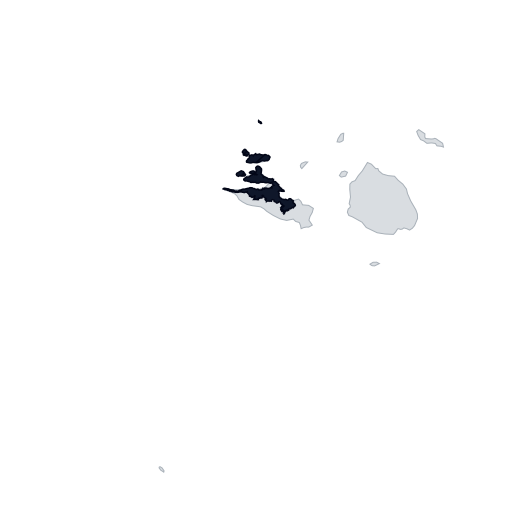 location of Cakaudrove, Northern, Fiji, rotated 228°
{"feature_id": "14151628B95966095088914", "entity_name": "Cakaudrove", "entity_type": "district", "adm_level": 2, "iso_a3": "FJI", "parent_name": "Fiji", "parent_adm1": "Northern", "projection": "robinson", "projection_center": [179.503, -16.697], "detail": "fine", "context": "in_parent", "style": "filled", "palette": "ink", "viewbox_px": 512, "rotation_deg": 228, "n_neighbors": 0, "source": "geoboundaries", "source_scale": "gbopen_adm2", "svg_char_len": 8297}
<svg xmlns="http://www.w3.org/2000/svg" viewBox="0 0 512 512"><g transform="rotate(228 256 256)"><path d="M229.2,355.9L229.2,358.8L230.9,360.0L232.5,360.2L236.5,365.6L242.8,370.3L246.6,373.9L246.9,376.9L245.7,380.1L247.3,385.9L248.1,391.9L250.9,401.4L247.0,403.2L240.8,403.4L239.4,405.1L237.3,404.2L232.2,404.9L227.3,408.0L222.6,412.3L217.2,412.3L211.2,413.2L205.1,412.6L200.9,410.3L193.4,407.8L183.4,405.7L179.2,404.0L175.8,401.2L172.5,394.2L172.0,390.8L172.5,387.5L175.4,386.3L177.9,384.7L178.2,382.5L179.3,381.0L180.7,380.4L181.4,379.4L180.4,375.8L180.1,372.6L185.9,366.7L192.2,361.6L203.4,357.0L210.2,357.4L220.7,353.8L224.0,352.1L227.4,353.2L229.2,355.9ZM325.3,278.7L316.9,287.3L313.8,291.7L311.3,296.5L304.1,301.8L301.0,308.8L301.2,315.9L308.4,308.5L316.5,302.4L318.9,301.2L321.5,301.2L321.3,303.3L320.1,305.4L319.2,310.7L321.3,315.7L315.3,315.2L309.4,315.6L302.4,318.4L295.5,319.6L292.9,319.7L290.4,318.7L288.8,317.3L287.5,314.0L286.2,313.5L280.7,313.6L272.5,320.1L269.8,325.7L266.6,325.9L262.9,324.8L258.4,329.0L253.0,330.5L250.7,326.9L249.2,322.5L247.2,319.3L241.3,318.5L242.2,314.5L243.8,312.8L245.2,310.5L246.1,307.8L248.9,309.5L251.9,310.6L255.1,308.6L258.5,308.4L261.9,302.6L267.2,298.9L274.5,296.0L282.0,293.9L285.8,293.5L289.5,292.3L296.0,286.8L300.3,283.9L305.0,282.2L309.4,281.2L313.6,282.1L316.9,281.7L325.4,277.7L325.3,278.7ZM241.0,458.7L241.0,461.5L233.8,463.3L231.4,461.0L229.8,460.6L225.6,464.6L224.3,466.3L223.9,467.5L222.8,468.2L214.9,470.1L211.5,468.2L213.8,466.9L216.7,464.2L219.6,464.6L222.5,462.2L225.4,458.4L229.5,457.6L232.4,456.2L237.2,457.2L241.0,458.7ZM325.4,329.7L321.2,332.1L319.6,329.8L321.5,324.1L325.4,318.3L325.3,323.0L325.4,329.7ZM289.0,402.8L288.5,403.3L283.6,398.2L283.8,396.2L284.6,394.3L286.6,392.6L288.3,395.5L289.7,400.4L289.0,402.8ZM259.8,378.8L257.0,380.0L255.4,376.1L257.6,372.1L260.0,371.8L261.2,375.8L259.8,378.8ZM293.0,355.6L291.2,357.3L290.3,348.5L292.2,348.6L293.6,349.5L294.4,351.7L293.0,355.6ZM170.7,341.5L167.8,342.6L169.3,337.5L171.0,335.9L172.0,335.5L173.7,335.2L173.0,338.8L170.7,341.5ZM163.6,43.7L161.4,44.4L157.8,43.9L157.1,42.8L158.2,42.6L160.5,41.9L163.4,42.2L163.9,42.9L163.6,43.7ZM325.4,302.6L324.7,302.6L324.5,301.4L325.4,299.3L325.4,302.6Z" fill="#d9dde1" stroke="#a8b0b8" stroke-width="1"/><path d="M271.8,320.6L272.5,320.7L273.6,320.1L274.5,320.2L275.5,319.9L276.0,319.5L276.4,318.6L276.1,318.0L276.4,316.7L278.3,316.0L278.8,315.0L280.9,313.3L282.4,313.1L283.1,312.8L284.4,312.8L286.2,314.0L286.7,314.9L289.0,315.7L288.7,316.3L289.3,316.8L289.3,317.2L288.8,317.2L288.8,317.5L288.6,317.7L287.6,317.8L287.2,318.1L285.3,320.1L285.3,320.3L286.4,320.6L287.7,320.0L288.0,319.5L289.2,320.2L290.0,319.6L290.9,319.8L293.3,319.6L293.6,320.5L298.2,320.2L298.7,319.9L299.0,319.1L300.0,318.8L300.4,319.2L300.6,319.7L301.3,320.3L301.9,319.7L302.6,319.8L302.9,318.9L304.3,317.7L305.1,316.7L306.4,316.5L309.5,315.2L309.4,314.1L310.4,314.4L310.7,314.9L311.1,315.0L313.4,314.6L314.1,314.9L314.2,315.4L316.2,317.7L317.2,318.4L320.0,318.4L321.6,317.6L322.0,316.6L321.9,315.1L321.1,314.5L319.1,313.5L319.0,313.1L318.4,312.6L318.6,311.8L318.4,311.4L317.7,311.0L316.4,310.9L315.7,311.2L315.7,310.9L317.0,310.0L317.1,309.5L318.2,309.4L319.5,305.7L319.3,305.2L319.6,303.5L320.2,302.6L321.0,302.1L321.4,298.8L321.1,298.6L321.1,298.1L320.7,297.8L319.0,298.1L318.2,299.2L314.9,301.3L314.3,301.3L313.4,302.2L313.3,302.7L312.5,303.3L311.1,305.0L310.0,305.1L308.5,306.6L307.9,308.2L308.0,309.0L306.9,309.6L305.8,311.0L304.3,311.9L303.2,313.1L302.3,314.5L301.7,314.6L300.5,315.4L300.8,315.8L300.7,316.5L300.1,317.2L300.1,316.8L299.7,316.4L296.6,316.5L296.9,316.0L297.1,314.1L296.6,313.6L295.9,313.5L295.8,313.2L297.1,312.6L297.1,311.7L298.1,310.1L300.0,308.8L300.2,307.8L300.8,307.7L300.8,307.2L300.3,306.9L301.0,306.3L301.1,305.4L301.5,305.7L301.3,304.8L301.3,304.3L301.8,304.1L301.9,303.5L303.5,302.2L304.4,302.3L304.8,301.8L305.3,300.5L307.4,299.8L307.9,299.1L309.2,298.8L310.4,297.7L310.9,296.9L311.0,296.1L312.2,294.4L313.4,291.9L314.1,291.4L314.5,290.8L315.1,289.4L314.8,289.1L316.0,287.5L316.1,285.8L317.0,285.4L318.3,283.9L318.4,283.4L319.0,283.6L319.9,283.4L323.2,280.7L324.0,280.7L325.4,279.5L325.4,278.0L324.8,278.6L323.9,278.7L323.5,279.4L321.5,280.0L321.5,280.4L321.1,280.8L319.4,281.4L318.2,282.7L317.4,283.1L317.1,283.7L316.8,283.6L316.4,284.1L316.4,284.6L315.6,284.9L314.9,286.0L314.9,286.5L314.3,286.9L314.3,287.3L313.8,288.4L313.3,288.0L312.9,288.6L312.4,288.6L311.7,289.4L311.1,289.5L310.6,290.4L310.5,291.0L310.2,291.4L309.8,291.5L309.6,292.5L308.6,291.9L306.4,292.0L306.0,291.8L305.6,291.8L304.8,291.2L304.1,291.6L303.8,292.1L303.2,292.0L303.0,292.3L302.5,292.2L302.4,292.8L302.1,293.1L301.9,293.0L301.7,293.7L301.6,294.4L301.8,295.2L301.1,295.5L300.7,294.7L300.8,293.9L300.4,293.9L300.1,294.3L300.3,293.7L299.6,293.7L299.5,292.8L299.8,292.7L299.9,292.3L299.7,292.0L299.5,292.4L299.1,292.6L299.1,292.9L298.9,292.9L297.7,294.1L297.9,294.1L297.7,294.3L297.0,294.7L297.1,295.2L296.5,295.5L297.2,296.0L297.0,296.4L297.1,296.8L296.8,297.3L296.4,297.3L296.1,298.5L295.6,298.7L295.2,299.2L295.4,299.4L295.5,300.1L295.9,300.9L296.8,301.1L296.6,301.6L295.8,301.9L294.9,301.3L293.9,301.2L292.4,301.9L292.1,301.8L292.0,301.3L291.5,301.6L291.3,301.4L291.5,300.8L291.8,300.9L291.7,300.5L289.9,300.5L289.5,300.2L289.5,300.6L288.8,301.9L287.9,302.4L288.0,302.8L286.4,304.1L287.0,304.6L287.0,305.9L285.8,306.7L285.2,306.7L284.7,306.1L284.3,306.0L282.8,306.9L282.2,306.7L281.5,306.8L281.1,307.4L280.9,308.1L281.1,308.8L280.8,308.9L280.7,310.0L279.4,310.0L278.2,309.3L277.4,310.0L276.9,309.5L276.6,309.5L276.4,310.0L275.4,309.8L274.9,310.2L274.4,310.3L274.3,309.2L274.6,309.2L274.8,308.9L275.2,309.4L275.6,308.2L275.5,307.6L275.0,307.1L274.8,307.5L274.5,307.2L274.8,306.9L274.6,306.9L274.8,306.7L274.3,305.7L273.7,305.4L272.8,306.2L272.8,305.9L272.5,305.8L272.6,305.2L271.9,305.1L271.7,306.2L271.4,306.2L271.4,306.7L271.0,307.0L270.5,306.8L270.5,307.3L270.4,307.4L270.2,306.7L270.8,306.4L270.7,306.0L270.1,306.2L269.8,305.2L269.3,305.6L268.6,305.0L268.5,305.5L269.4,305.9L269.4,306.3L269.5,306.6L269.4,306.7L269.8,307.0L269.3,307.4L269.4,308.4L269.7,308.7L268.9,309.3L269.1,309.5L268.7,309.6L268.9,310.3L268.4,310.4L268.3,310.7L268.5,310.9L268.3,311.1L268.9,311.7L268.6,312.5L267.9,313.4L267.9,315.5L266.9,315.8L267.0,316.6L267.3,317.1L267.1,317.5L267.1,318.9L267.6,319.3L268.3,319.6L270.2,319.5L270.3,319.1L270.6,319.1L271.6,319.7L271.8,320.6ZM333.9,320.6L334.4,319.8L334.5,319.0L335.1,318.6L335.1,318.3L334.7,317.6L333.9,317.2L333.3,316.4L333.5,314.9L333.1,313.9L333.1,312.8L332.8,312.3L332.0,311.8L329.1,313.9L328.2,315.1L327.9,315.9L326.9,317.1L326.1,317.8L325.9,318.2L325.4,318.5L325.4,330.5L326.1,329.0L328.4,327.1L329.3,327.0L330.7,324.6L330.8,324.2L331.4,324.1L332.3,324.3L332.4,324.0L332.3,323.0L332.8,321.3L332.6,321.0L333.2,321.1L333.9,320.6ZM325.4,318.5L324.6,319.2L324.2,320.2L323.8,320.6L322.8,324.3L322.3,324.9L320.7,326.1L320.1,327.4L319.7,327.6L319.6,328.0L319.3,328.1L319.0,328.7L319.0,330.4L319.5,331.0L319.9,332.3L320.4,332.7L322.4,332.6L322.9,331.8L324.8,331.1L325.4,330.5L325.4,318.5ZM330.3,297.0L329.8,296.0L328.6,295.6L327.0,296.2L326.8,297.8L326.2,297.7L325.4,298.7L325.4,302.1L325.6,301.9L325.7,302.9L327.1,303.1L329.2,302.0L330.3,297.0ZM339.8,317.2L338.8,315.3L338.3,315.1L337.8,315.8L337.1,315.5L336.3,316.2L336.4,316.7L337.1,317.1L336.5,318.0L336.4,318.9L337.3,319.7L339.7,319.3L339.8,317.2ZM342.1,319.5L343.0,318.7L342.9,316.9L342.4,315.4L341.6,315.2L340.8,315.4L340.1,316.0L339.9,317.3L340.1,318.6L340.5,319.4L342.1,319.5ZM322.4,307.0L322.1,306.8L321.3,307.0L321.1,307.7L319.5,308.2L319.3,309.4L318.2,310.4L318.1,310.9L319.1,311.5L320.7,311.2L321.3,310.6L322.0,309.3L322.4,308.1L322.4,307.0ZM325.4,298.7L324.7,299.0L324.4,299.6L324.6,299.8L324.2,300.3L323.9,300.2L323.3,300.8L323.2,302.2L323.4,302.6L324.7,302.7L325.4,302.1L325.4,298.7ZM325.4,278.0L325.4,279.5L327.3,278.1L327.8,277.4L328.0,275.9L327.5,276.6L327.3,277.1L326.2,277.4L325.4,278.0ZM352.8,349.2L353.2,348.6L353.1,348.1L352.9,347.9L351.4,348.1L350.9,348.7L350.9,348.9L352.0,349.3L352.8,349.2ZM339.7,315.5L340.1,314.7L339.7,314.3L339.0,314.4L339.0,315.2L339.4,315.5L339.7,315.5ZM354.9,348.6L354.5,348.1L354.0,347.8L354.0,348.3L354.5,348.7L354.9,348.6ZM288.2,317.6L287.8,317.5L288.0,317.5L288.2,317.6Z" fill="#0f172a" stroke="#020617" stroke-width="1.5"/></g></svg>